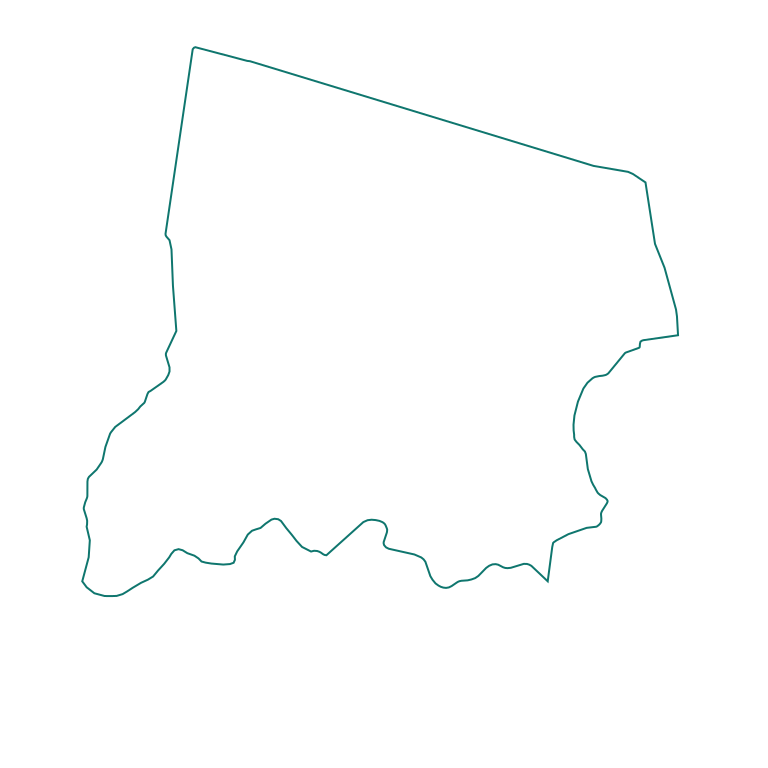 an SVG outline of North Kordufan, rotated 15°
{"feature_id": "SDN-883", "entity_name": "North Kordufan", "entity_type": "State", "adm_level": 1, "iso_a3": "SDN", "parent_name": "Sudan", "parent_adm1": "", "projection": "mercator", "projection_center": [29.791, 14.01], "detail": "fine", "context": "isolated", "style": "outline", "palette": "teal", "viewbox_px": 768, "rotation_deg": 15, "n_neighbors": 0, "source": "natural_earth", "source_scale": "10m", "svg_char_len": 3165}
<svg xmlns="http://www.w3.org/2000/svg" viewBox="0 0 768 768"><g transform="rotate(15 384 384)"><path d="M399.8,522.7L372.7,564.3L370.8,564.5L369.0,564.1L367.0,563.3L365.1,562.8L362.7,562.6L359.6,563.2L356.9,564.7L347.0,562.6L340.1,558.2L333.8,553.4L326.9,548.5L320.0,543.0L316.8,542.0L313.1,542.5L310.4,544.1L305.7,549.6L302.0,555.0L297.7,557.7L294.5,559.9L291.4,564.7L289.2,573.4L285.5,583.7L284.5,589.1L285.5,592.4L285.0,595.6L281.8,597.8L275.5,600.0L263.8,602.1L258.0,602.7L253.7,602.7L250.0,600.5L245.3,598.9L237.8,598.3L232.5,596.7L228.3,596.7L224.6,598.9L222.5,603.2L221.4,607.0L218.2,614.6L214.0,622.7L210.8,629.7L206.6,634.1L200.8,638.9L193.9,646.0L189.6,650.8L185.9,654.6L180.6,657.9L175.3,659.5L169.0,661.1L158.4,661.1L149.4,657.3L143.6,652.7L143.6,627.8L140.3,611.1L133.7,598.8L133.5,596.4L132.7,593.0L131.5,590.6L126.5,582.7L126.1,581.6L126.0,580.7L126.0,575.6L126.5,571.7L126.6,570.4L126.5,569.1L122.8,555.0L122.5,552.5L122.7,551.4L123.1,550.0L128.6,541.0L131.3,533.3L131.6,532.2L131.8,530.8L131.9,529.3L131.2,516.9L132.3,502.8L132.8,501.2L135.5,495.0L150.8,475.6L153.1,471.9L154.4,468.8L157.3,464.3L157.6,463.1L158.1,455.1L158.4,453.6L158.7,452.6L160.2,451.2L170.4,439.0L171.6,437.1L172.0,436.2L173.3,431.2L173.6,427.4L172.5,423.4L166.0,412.9L165.8,412.3L165.5,411.4L165.5,410.2L169.7,386.5L154.7,343.7L143.9,309.0L139.6,300.6L135.6,297.9L134.6,296.8L134.1,295.5L112.6,110.2L113.4,108.4L114.6,107.5L168.3,107.3L171.0,106.9L530.0,119.1L564.9,115.9L570.0,116.7L584.4,121.6L609.5,178.5L624.9,199.1L646.8,236.5L649.5,242.9L655.4,260.8L623.1,274.6L621.8,275.5L620.8,276.7L620.8,278.8L621.1,280.5L621.4,282.0L621.3,282.6L620.9,283.1L609.5,291.0L608.9,291.6L608.6,292.1L597.9,315.7L596.9,316.9L596.2,317.6L595.3,318.2L593.0,319.4L589.9,320.6L586.1,322.5L585.3,323.1L583.9,324.5L580.2,330.1L577.9,336.4L577.7,337.2L575.9,350.9L576.1,365.1L577.6,374.3L579.2,379.8L580.8,383.8L581.4,386.0L581.9,387.0L582.3,387.9L582.6,388.3L582.9,388.6L585.0,390.2L588.6,392.3L593.0,395.7L595.2,397.0L595.6,397.3L595.9,397.7L597.1,399.4L602.9,413.4L609.6,424.3L612.2,427.3L615.0,430.0L615.9,431.1L618.4,433.6L619.3,434.2L621.6,435.3L627.2,436.8L627.7,437.0L629.4,438.1L629.7,438.5L630.1,438.9L630.3,439.3L630.4,440.0L630.2,441.5L627.5,450.1L627.2,451.8L627.2,453.1L627.5,454.2L628.8,457.8L629.3,460.1L629.4,460.8L629.4,461.4L629.2,462.0L628.9,462.9L628.3,464.1L627.1,465.8L626.4,466.6L625.8,467.0L617.0,470.5L601.0,481.3L591.2,490.3L588.9,493.0L588.5,493.8L588.7,497.9L593.2,532.2L573.4,521.5L570.9,520.9L568.6,520.8L565.5,521.6L554.1,528.7L551.0,529.9L548.7,530.3L546.5,530.2L541.1,529.0L538.5,529.1L535.4,530.2L532.6,532.4L530.3,535.2L524.8,545.0L522.3,547.9L519.0,550.2L515.6,552.0L509.8,554.0L508.0,554.9L506.9,555.7L505.8,556.8L501.6,561.7L499.3,563.7L496.7,564.9L494.0,565.3L491.4,565.2L488.8,564.6L485.4,563.3L481.5,560.5L478.5,557.6L470.0,545.0L467.6,543.1L464.9,541.9L457.5,540.8L431.3,541.9L428.3,541.3L425.9,539.7L425.0,538.3L424.6,536.8L425.2,526.6L425.0,525.0L424.7,523.7L424.0,522.6L422.2,520.2L421.2,519.2L420.4,518.7L419.4,518.2L418.0,517.8L415.0,517.4L411.2,517.6L407.2,518.3L403.4,519.8L399.8,522.7Z" fill="none" stroke="#0f766e" stroke-width="2"/></g></svg>